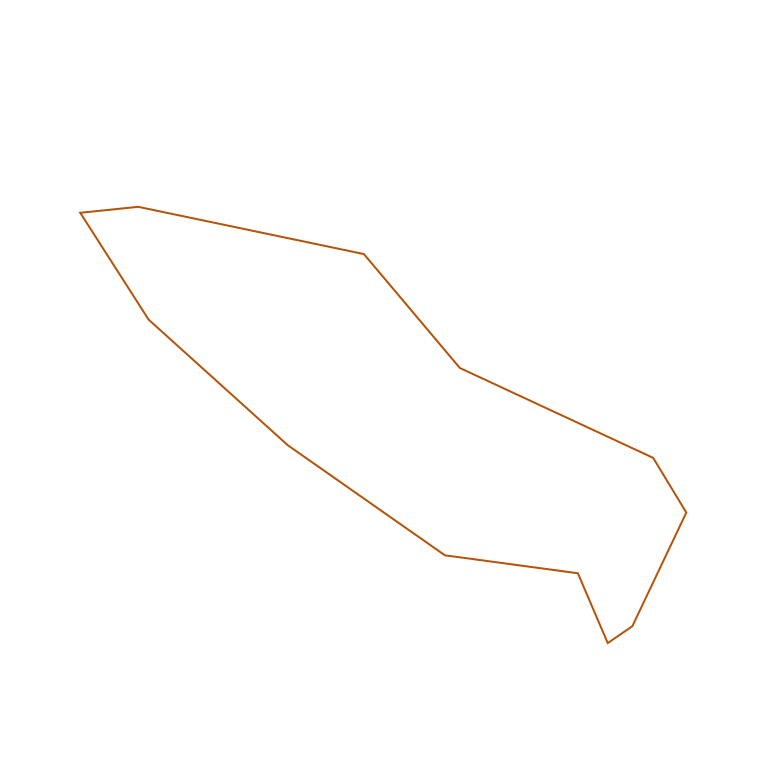 an SVG outline of Bahrain, rotated 128°
{"feature_id": "BHR", "entity_name": "Bahrain", "entity_type": "country or territory", "adm_level": 0, "iso_a3": "BHR", "parent_name": "Asia", "parent_adm1": "", "projection": "natural_earth1", "projection_center": [50.55, 26.027], "detail": "fine", "context": "isolated", "style": "outline", "palette": "amber", "viewbox_px": 768, "rotation_deg": 128, "n_neighbors": 0, "source": "natural_earth", "source_scale": "50m", "svg_char_len": 319}
<svg xmlns="http://www.w3.org/2000/svg" viewBox="0 0 768 768"><g transform="rotate(128 384 384)"><path d="M478.2,609.1L436.1,728.8L395.8,686.9L294.0,479.8L324.7,334.1L276.5,126.4L299.2,66.6L421.9,39.2L450.4,48.2L413.8,114.7L481.5,230.5L491.5,422.1L478.2,609.1Z" fill="none" stroke="#b45309" stroke-width="2"/></g></svg>